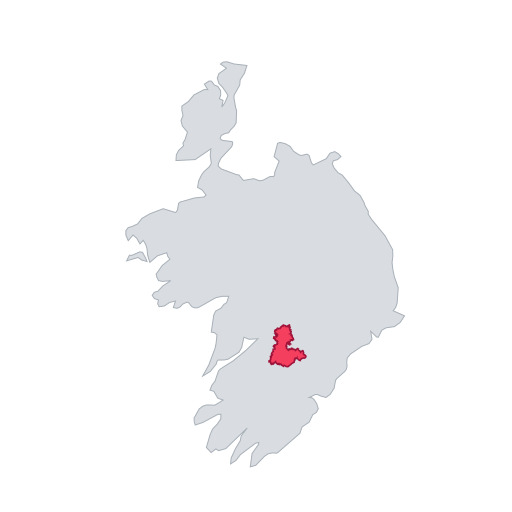 location of Cappamore-Kilmallock Lea-7, Limerick, Ireland, rotated 335°
{"feature_id": "5873133B39771401556272", "entity_name": "Cappamore-Kilmallock Lea-7", "entity_type": "district", "adm_level": 2, "iso_a3": "IRL", "parent_name": "Ireland", "parent_adm1": "Limerick", "projection": "mercator", "projection_center": [-8.418, 52.488], "detail": "fine", "context": "in_parent", "style": "filled", "palette": "rose", "viewbox_px": 512, "rotation_deg": 335, "n_neighbors": 0, "source": "geoboundaries", "source_scale": "gbopen_adm2", "svg_char_len": 9323}
<svg xmlns="http://www.w3.org/2000/svg" viewBox="0 0 512 512"><g transform="rotate(335 256 256)"><path d="M313.4,94.3L304.3,100.8L302.8,103.3L300.2,113.2L299.9,116.0L294.2,127.0L290.9,129.2L286.1,131.0L283.3,132.8L279.9,131.9L275.5,132.0L273.3,134.0L273.4,135.5L274.7,137.2L282.8,142.3L282.4,144.4L280.1,146.7L265.5,152.6L261.2,156.1L259.7,158.5L261.3,162.4L272.8,174.1L274.8,175.4L276.5,182.2L286.7,185.0L290.9,189.3L294.5,190.3L302.4,189.9L305.5,191.5L307.3,190.3L308.3,188.1L317.1,179.8L314.4,173.6L323.2,163.0L325.7,163.2L329.8,166.4L333.2,170.9L334.3,176.9L337.6,182.3L339.6,184.1L345.3,185.2L346.6,187.3L345.6,195.1L346.4,197.7L360.8,197.5L366.5,194.1L371.5,194.7L373.9,198.2L375.0,201.8L370.7,203.1L366.3,202.4L364.1,204.7L364.0,209.3L365.5,215.1L368.4,219.2L370.8,228.5L372.8,238.8L375.9,245.0L376.5,252.6L376.1,256.4L376.6,263.2L375.3,265.5L376.3,271.9L381.5,292.2L382.5,308.0L380.0,313.9L376.5,319.5L374.3,326.2L372.6,333.3L371.5,344.8L364.1,358.2L360.9,361.6L357.2,363.6L365.3,373.0L358.7,377.1L351.6,378.5L343.7,376.1L338.7,376.4L332.5,381.3L331.1,380.4L328.1,372.7L325.9,380.6L321.4,383.1L313.6,382.6L300.5,384.7L295.5,387.0L293.4,390.5L291.9,394.5L289.9,396.9L287.6,398.2L277.5,401.2L275.5,402.4L270.9,408.9L264.8,412.7L259.7,413.8L255.2,410.0L253.4,407.7L251.3,406.6L244.4,406.7L246.6,407.9L248.0,410.6L248.6,415.7L247.9,420.8L244.5,423.3L240.4,423.8L234.0,429.0L225.5,430.4L220.9,435.2L192.9,443.3L191.3,443.4L187.5,441.3L183.3,440.4L179.1,441.1L167.3,445.6L161.7,444.7L168.9,433.4L178.7,427.8L179.7,426.2L176.5,425.5L158.0,429.4L151.5,432.8L145.1,433.7L148.1,428.6L156.4,421.6L163.5,416.9L166.6,412.8L175.4,408.1L147.2,417.8L139.8,416.6L138.1,413.9L132.3,415.2L130.1,408.6L138.7,398.7L143.6,394.4L149.6,392.1L155.2,388.8L157.3,384.7L154.7,383.4L137.6,384.4L129.5,383.5L129.9,380.3L131.4,376.7L139.9,370.6L144.4,369.6L148.5,370.2L155.7,373.8L165.3,372.7L161.3,368.7L160.6,360.8L157.6,358.1L161.5,354.4L166.0,352.1L173.4,344.4L176.1,343.3L190.9,341.4L206.9,337.3L222.7,331.8L214.6,328.6L210.7,324.5L204.4,332.8L199.9,336.0L187.2,337.7L183.2,336.8L177.6,334.2L175.8,335.2L174.2,337.2L165.8,341.3L156.9,342.3L167.2,334.8L180.2,322.0L183.1,318.0L187.3,311.0L186.0,307.9L183.3,306.1L192.8,291.6L196.1,288.9L202.1,288.5L206.6,286.2L208.5,286.2L210.3,285.3L214.2,281.0L208.2,278.2L202.0,276.8L182.8,278.3L180.3,278.0L177.9,276.6L176.4,274.7L175.2,269.7L173.8,268.6L169.5,268.6L165.2,270.2L162.2,270.0L159.3,267.8L164.0,262.8L158.0,261.6L151.9,262.6L146.8,261.0L146.7,257.8L149.0,254.6L145.9,251.6L145.3,247.8L148.5,245.9L152.0,246.5L159.2,243.7L168.3,242.3L160.5,239.5L157.3,237.1L157.2,233.5L157.8,230.3L166.9,225.0L176.6,222.6L175.9,219.1L176.5,215.3L166.8,214.2L157.1,216.9L158.1,209.6L160.4,203.1L160.9,198.7L160.4,194.1L155.9,196.0L155.4,189.5L153.4,185.0L146.7,188.1L146.9,182.1L148.8,178.0L152.3,176.2L155.8,176.9L162.3,176.9L168.5,173.7L177.5,172.9L191.8,173.9L201.6,182.7L204.2,181.2L208.1,175.6L210.0,175.0L224.8,177.4L234.0,180.6L236.5,179.6L235.1,173.4L232.0,169.1L236.0,163.5L240.8,159.6L244.0,157.7L251.5,155.4L254.7,153.1L256.9,145.8L260.4,139.8L241.6,142.9L223.8,135.7L226.6,130.6L230.4,127.7L236.9,125.5L237.5,122.8L240.8,120.6L246.2,114.8L244.2,107.1L245.3,101.5L249.2,97.9L250.4,92.6L252.2,88.8L260.1,87.4L267.8,83.8L279.5,83.3L282.6,84.8L281.9,78.4L287.4,77.6L289.6,78.8L290.5,83.4L293.1,86.2L293.8,91.2L292.1,95.1L289.3,98.0L291.9,101.1L287.9,106.5L292.2,104.2L298.4,98.8L298.0,94.5L297.0,88.9L295.3,83.9L296.1,78.4L299.5,75.0L308.6,73.3L304.9,67.0L308.2,66.4L311.8,67.7L317.1,72.6L328.3,79.5L322.8,85.5L316.1,89.7L313.4,94.3ZM155.1,212.0L154.9,214.9L150.6,211.3L148.5,207.5L136.7,205.7L141.6,201.8L144.0,203.0L152.3,203.1L154.7,204.7L155.1,212.0Z" fill="#d9dde1" stroke="#a8b0b8" stroke-width="1"/><path d="M257.2,332.9L257.0,332.5L256.7,332.6L256.6,332.8L256.2,332.7L255.9,332.6L255.6,332.6L255.3,332.8L255.1,332.8L255.1,333.0L254.9,333.1L254.9,333.4L254.6,333.0L254.4,332.8L253.4,332.7L253.5,332.2L253.4,331.7L252.5,331.1L252.5,330.9L252.2,330.7L251.8,330.6L251.7,330.4L251.6,330.5L251.6,330.3L251.2,330.3L250.9,330.2L250.8,330.4L250.3,330.4L250.3,330.5L250.2,330.6L249.8,330.5L249.6,330.7L249.5,330.8L248.5,330.8L248.5,331.0L248.4,331.2L247.5,331.5L247.3,331.8L246.6,331.4L246.2,331.6L245.8,331.6L245.7,331.4L245.7,331.1L244.9,330.8L244.8,330.5L244.0,331.0L243.9,331.3L243.3,331.9L243.0,331.6L242.6,331.1L242.2,331.1L241.9,331.3L241.6,331.7L241.2,331.9L241.0,332.3L240.9,332.5L241.0,332.7L240.9,332.8L241.0,333.2L241.2,333.3L241.1,333.8L241.3,333.7L241.4,333.8L241.4,334.3L241.6,334.9L241.6,335.1L240.5,334.8L240.6,335.0L240.6,335.4L240.7,335.7L240.6,335.9L240.8,336.0L241.1,336.2L241.6,335.9L242.1,335.8L242.2,336.0L242.4,336.0L242.4,336.4L242.0,336.6L241.9,337.0L241.7,337.4L240.5,337.1L240.5,337.9L240.2,338.0L239.9,337.8L239.7,337.5L238.6,337.2L238.0,336.9L237.4,337.7L237.4,337.9L237.2,338.1L237.5,338.4L238.1,338.9L237.8,339.0L237.9,339.7L238.1,339.9L238.0,340.1L238.2,340.3L238.0,340.5L238.1,340.9L238.6,341.0L238.5,341.4L238.8,341.6L239.0,342.0L239.5,342.1L239.5,342.3L239.3,342.2L239.3,342.6L239.1,342.7L238.9,342.8L238.6,343.0L238.7,343.8L238.7,344.2L238.1,344.3L238.1,344.5L237.7,344.6L237.7,344.9L237.4,344.8L236.9,345.0L236.3,344.9L236.2,344.8L235.8,344.7L235.5,344.5L235.3,344.7L235.2,345.0L234.9,344.7L234.5,345.2L234.2,345.1L234.0,344.9L233.6,345.1L233.7,345.3L233.7,345.7L233.9,345.6L234.0,345.8L234.2,346.0L234.3,346.7L234.3,347.3L233.8,348.4L232.9,347.9L232.1,347.7L231.9,348.2L231.8,348.3L231.7,348.7L231.4,349.2L231.2,349.3L231.3,349.9L230.8,350.0L230.6,350.2L230.3,350.2L230.1,350.5L230.2,350.1L229.9,350.1L229.8,350.3L228.7,351.1L228.5,351.5L228.8,351.7L228.9,352.0L229.0,352.0L229.2,352.3L228.5,352.8L228.3,352.5L228.1,352.8L227.6,352.9L227.5,353.0L227.2,353.0L226.6,353.1L226.5,353.6L226.7,354.0L227.1,354.1L226.9,354.4L226.2,354.6L226.0,355.1L225.5,355.4L225.5,355.6L225.4,355.7L225.6,355.9L225.6,356.1L225.3,356.3L225.2,356.5L224.6,356.9L224.3,356.7L223.6,356.7L223.4,356.6L223.2,357.0L223.1,357.3L223.5,357.3L223.8,357.6L223.7,357.6L223.7,357.8L223.9,358.1L224.0,358.9L224.2,359.0L224.3,359.3L224.6,359.5L223.9,359.7L223.9,359.9L224.1,360.3L224.1,360.6L224.6,360.4L224.8,360.7L225.4,361.1L225.5,361.2L225.8,361.0L226.1,361.2L226.6,360.9L227.0,360.5L227.1,360.8L227.5,360.5L228.0,360.5L229.1,360.0L229.0,360.5L229.2,361.0L229.0,361.5L229.3,362.2L229.5,362.2L229.6,362.3L229.7,363.0L230.2,362.9L230.1,363.2L230.2,363.4L230.8,363.3L230.9,363.6L231.1,363.4L231.4,363.7L231.7,363.5L231.9,363.9L231.8,364.3L232.4,364.2L232.5,364.5L233.0,364.8L232.7,365.1L232.8,365.3L233.2,366.0L233.3,365.8L233.4,366.1L233.8,366.5L234.2,367.2L234.3,367.4L234.5,367.0L234.7,366.9L235.1,367.0L235.4,367.3L235.7,367.2L236.4,368.6L236.6,369.0L237.1,369.2L238.0,369.5L238.1,369.8L238.5,369.7L238.5,369.8L238.8,369.8L240.1,369.3L241.9,369.1L242.0,368.9L242.5,368.6L245.7,368.4L245.8,368.1L245.8,367.8L246.0,367.5L247.0,367.1L247.1,366.0L247.4,365.8L247.7,365.8L247.9,365.5L248.2,365.3L248.3,365.1L248.8,365.3L248.9,365.8L248.8,366.0L249.5,366.0L249.9,365.7L250.1,365.6L250.0,365.8L250.0,366.3L250.7,367.6L250.9,368.4L251.2,368.8L251.4,368.8L251.5,369.1L251.8,369.3L251.8,369.1L252.2,368.8L252.7,368.7L253.3,368.5L253.5,368.5L253.7,368.2L254.0,368.3L255.0,368.3L255.3,368.4L255.3,368.5L256.1,368.4L256.4,368.7L256.5,369.0L256.8,369.1L257.5,369.1L257.9,368.8L258.3,368.7L259.0,367.9L258.9,367.6L258.7,367.6L258.5,367.4L258.5,367.0L258.6,366.6L258.5,366.2L258.4,365.9L257.8,365.9L257.5,365.1L257.6,364.6L258.4,363.6L258.4,362.9L258.6,362.1L258.5,361.8L258.4,361.5L256.9,361.9L256.5,361.5L256.5,361.3L256.3,361.3L255.9,361.5L255.7,361.8L255.5,360.5L254.9,359.7L254.9,359.1L254.9,358.9L254.8,358.6L254.9,358.3L254.7,358.1L255.0,358.0L254.8,357.7L254.7,357.4L253.0,357.6L252.6,357.9L252.5,358.2L251.7,358.3L251.7,357.9L251.8,357.6L251.6,357.1L251.2,356.8L250.9,356.4L250.2,356.5L250.0,356.3L250.1,356.0L250.0,355.8L250.0,355.6L249.8,355.3L249.9,355.1L249.5,354.8L249.6,354.7L249.1,355.1L249.0,354.6L247.8,355.2L247.6,355.0L246.8,354.1L246.2,354.4L246.0,355.0L245.7,355.3L245.3,354.6L244.6,352.1L245.5,351.5L245.4,351.3L245.5,351.2L245.4,351.0L245.4,350.8L245.1,350.5L245.4,350.0L245.4,349.8L245.9,349.7L246.0,349.4L246.5,349.5L246.8,349.1L246.9,348.9L246.8,348.6L247.2,348.4L247.1,347.9L248.1,347.6L248.4,347.8L248.7,347.7L248.6,348.3L248.7,348.5L248.4,348.6L248.5,348.9L248.7,349.2L248.9,349.1L248.9,349.3L248.7,349.8L248.4,350.1L248.5,350.2L248.7,350.6L249.0,350.8L249.3,350.7L249.6,349.9L249.7,349.7L249.9,349.8L249.8,349.6L249.6,349.4L249.6,349.0L249.2,348.6L249.2,348.4L249.7,348.3L250.1,347.9L250.5,348.1L251.0,347.8L251.3,347.5L251.5,346.9L252.3,347.3L252.5,346.9L252.8,347.1L253.1,347.0L253.3,347.3L253.2,347.8L253.4,348.0L253.7,347.8L254.3,347.7L254.4,347.4L254.7,347.5L254.7,346.9L254.9,346.5L255.0,346.4L254.9,345.8L254.6,345.5L254.7,344.7L254.9,344.3L255.0,343.7L254.7,343.5L254.7,343.2L254.4,343.0L254.6,342.9L254.8,342.6L255.0,342.6L255.0,342.4L254.9,342.3L254.9,342.2L255.1,342.1L255.0,341.8L254.8,341.5L254.3,341.1L254.5,341.1L254.6,340.8L254.6,340.7L255.1,340.4L255.1,340.2L255.4,340.1L255.7,339.8L255.8,339.3L256.0,339.2L255.9,338.6L255.4,338.4L255.4,337.6L255.6,337.3L255.9,337.3L255.8,337.2L255.8,336.6L255.6,336.2L256.2,335.7L256.3,335.4L256.8,335.1L256.8,334.6L256.6,334.1L256.9,333.4L256.9,333.2L257.2,332.9Z" fill="#f43f5e" stroke="#9f1239" stroke-width="1.5"/></g></svg>